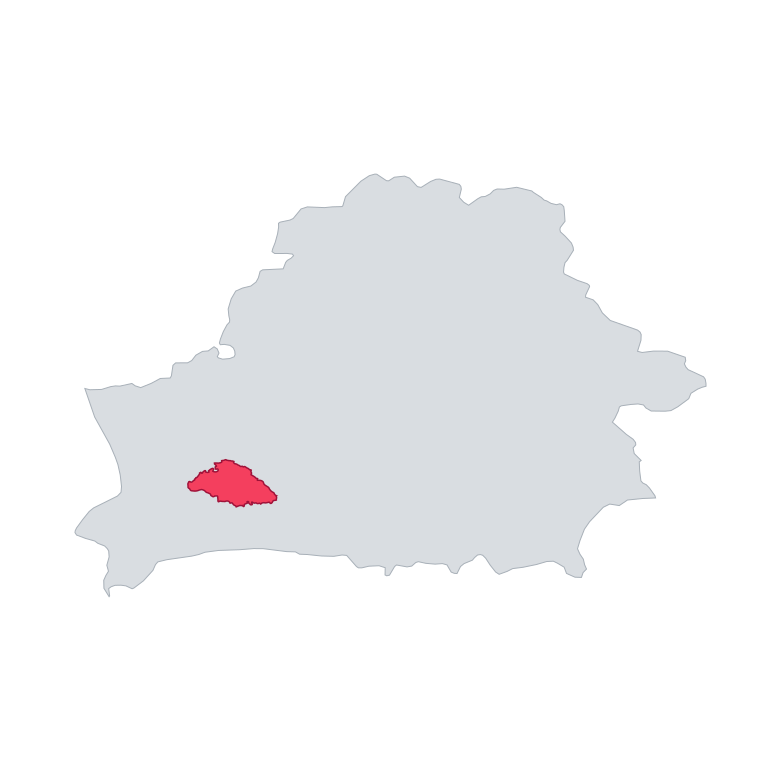 location of Ivatsevichy, Brest, Belarus, rotated 355°
{"feature_id": "67162791B15775504283911", "entity_name": "Ivatsevichy", "entity_type": "district", "adm_level": 2, "iso_a3": "BLR", "parent_name": "Belarus", "parent_adm1": "Brest", "projection": "natural_earth1", "projection_center": [25.561, 52.695], "detail": "fine", "context": "in_parent", "style": "filled", "palette": "rose", "viewbox_px": 768, "rotation_deg": 355, "n_neighbors": 0, "source": "geoboundaries", "source_scale": "gbopen_adm2", "svg_char_len": 8954}
<svg xmlns="http://www.w3.org/2000/svg" viewBox="0 0 768 768"><g transform="rotate(355 384 384)"><path d="M644.6,521.2L631.8,520.6L616.4,520.8L607.8,525.6L598.4,523.3L591.7,525.9L576.8,539.1L571.0,546.1L565.6,557.0L562.4,565.0L564.4,570.7L567.3,575.9L568.1,581.6L569.6,586.0L565.9,589.2L563.8,593.9L557.4,593.1L549.3,588.6L547.5,582.2L541.3,577.7L537.3,575.3L530.7,575.0L520.2,577.1L506.5,578.7L496.1,579.1L490.4,581.4L482.1,583.6L478.8,581.0L474.0,573.7L470.1,566.4L467.4,563.2L465.1,562.3L462.3,562.5L459.1,564.8L456.7,567.2L448.1,569.9L444.3,572.5L440.2,579.2L437.4,578.7L434.5,577.2L431.0,569.7L426.5,568.0L419.2,567.9L410.1,566.3L402.7,564.0L400.1,564.6L395.8,567.8L391.0,568.2L380.7,565.4L378.7,566.7L372.8,574.9L370.0,575.3L368.4,574.3L369.2,567.1L363.2,564.6L353.0,564.2L345.9,565.2L342.5,564.9L340.7,563.5L331.9,551.5L327.3,550.7L319.0,551.3L306.8,549.9L292.8,547.2L285.1,546.2L281.1,543.5L272.5,542.5L249.3,537.5L239.8,536.6L225.9,536.5L204.6,535.4L191.0,536.0L184.7,537.7L177.5,538.7L152.3,540.1L143.2,541.5L140.6,544.0L137.6,549.5L127.2,559.1L117.0,565.5L115.2,566.0L109.3,562.6L104.4,561.5L98.6,561.1L94.5,562.2L91.9,563.8L92.2,571.2L91.6,571.9L87.2,563.1L87.7,555.1L90.2,550.6L93.2,546.5L92.1,540.4L95.1,532.3L95.2,526.4L94.0,523.9L91.6,521.0L85.1,517.8L82.2,515.2L73.4,511.9L64.6,507.7L63.2,505.1L63.6,503.3L65.2,500.6L72.0,492.8L79.3,485.2L84.0,482.1L108.7,472.4L112.6,469.0L113.6,463.2L113.3,451.6L111.9,441.0L110.0,433.7L105.5,420.0L92.9,391.7L85.6,362.4L90.5,364.1L102.2,364.8L111.5,362.8L116.4,362.5L120.6,363.1L132.9,361.5L135.9,364.1L141.3,366.4L152.1,363.1L161.6,359.0L171.5,359.4L172.9,357.4L175.4,347.0L178.3,344.8L190.1,345.8L194.5,343.9L199.1,338.9L206.0,335.7L211.8,335.7L217.9,332.1L220.9,334.5L222.3,338.8L220.3,342.2L221.2,343.5L225.4,345.2L232.5,345.2L237.1,343.8L238.2,341.8L238.2,338.3L237.1,335.0L234.0,332.1L228.3,330.6L224.3,330.6L223.6,328.8L225.0,324.9L228.5,317.8L232.8,311.3L235.5,308.9L235.9,306.6L235.4,302.7L235.3,295.7L239.2,285.9L244.4,278.5L251.4,276.1L259.9,274.8L265.4,271.3L268.1,267.3L270.4,261.0L273.1,259.7L293.6,260.5L296.7,254.2L298.5,252.4L302.4,250.6L305.1,248.3L304.1,246.6L298.9,245.5L286.5,244.5L284.0,242.4L284.8,239.9L288.0,233.4L291.1,225.0L292.7,218.5L292.9,214.7L294.6,213.7L304.6,212.5L308.0,211.2L316.6,202.4L323.1,200.9L340.1,203.1L347.9,203.0L357.8,203.6L358.6,202.7L362.0,194.0L378.6,180.0L387.5,175.2L393.2,174.1L395.1,174.4L404.2,181.7L406.4,182.0L412.3,178.9L422.6,178.7L427.5,181.2L434.5,190.3L438.1,191.4L448.1,186.3L453.6,184.6L457.3,184.7L476.4,191.7L477.8,193.9L478.0,196.6L475.3,204.8L479.3,209.9L483.9,213.3L493.6,207.6L497.2,206.0L501.1,206.0L506.3,203.9L510.1,200.7L513.7,199.6L520.7,200.4L533.3,199.6L548.1,204.6L549.5,206.1L557.0,211.9L559.6,214.8L562.1,215.8L566.1,218.6L571.4,220.4L575.0,219.8L576.8,220.8L578.5,223.0L578.7,226.8L578.5,237.7L573.3,243.4L572.7,245.4L573.0,247.8L577.3,252.5L583.0,259.9L584.3,264.1L584.4,267.3L577.3,276.7L574.9,278.9L573.4,283.5L572.6,288.2L573.2,290.1L585.7,297.6L595.0,301.7L597.1,303.6L597.3,304.9L592.7,312.9L592.3,315.1L599.7,318.4L603.9,323.6L607.7,332.2L614.9,340.4L641.3,352.4L643.6,354.6L644.5,357.2L643.8,362.8L639.4,373.5L643.9,375.1L655.4,374.7L669.4,376.0L686.4,383.6L686.6,387.0L685.0,390.1L686.2,393.4L688.2,396.2L703.0,404.7L704.4,407.2L704.8,411.3L704.6,414.3L700.6,415.0L696.1,416.4L689.0,420.0L686.3,425.2L674.7,432.3L667.5,435.5L661.7,435.6L647.8,434.2L642.8,430.7L640.7,427.5L635.3,426.0L628.2,425.9L618.5,426.4L616.5,427.4L615.0,431.4L611.1,438.1L608.2,441.9L621.0,455.3L627.4,460.8L629.5,464.2L629.5,466.6L626.6,469.4L627.2,475.1L633.5,482.6L631.5,483.8L631.1,493.0L631.5,502.9L633.2,505.2L636.5,507.2L639.4,510.8L644.2,519.0L644.6,521.2Z" fill="#d9dde1" stroke="#a8b0b8" stroke-width="1"/><path d="M192.5,456.6L192.4,457.5L192.2,457.9L191.4,458.7L190.9,459.3L190.3,460.0L189.6,460.7L189.1,460.8L188.6,460.9L188.3,461.1L188.3,461.4L187.9,461.9L187.5,462.0L187.1,462.2L187.0,462.5L186.9,462.8L186.9,463.2L186.5,463.4L186.1,463.5L185.8,463.6L185.3,464.0L185.0,464.3L184.7,464.5L184.2,464.8L183.6,465.0L183.2,465.0L182.8,464.8L182.5,464.5L181.8,464.2L181.3,464.3L180.9,464.5L180.7,465.0L180.4,465.4L180.2,465.8L179.9,466.4L179.9,468.1L179.8,469.6L179.8,470.0L180.1,470.5L180.6,471.0L181.2,471.4L181.4,471.9L181.7,472.5L182.0,473.0L182.3,473.3L182.6,473.4L183.0,473.6L184.2,473.8L185.1,474.0L185.8,474.1L186.6,474.2L187.6,474.2L188.6,474.1L189.3,474.0L190.0,473.8L190.6,473.6L191.1,473.5L191.6,473.4L192.0,473.4L192.7,473.2L193.2,473.3L194.0,473.5L194.8,473.9L195.4,474.2L196.0,474.7L196.4,475.1L196.8,475.6L197.5,476.4L198.4,476.8L199.4,477.2L201.3,478.4L201.6,478.8L201.7,479.4L201.8,479.9L202.3,480.4L203.0,480.8L203.5,481.2L203.8,481.4L204.4,481.4L204.8,481.3L205.2,481.1L205.7,480.8L206.3,480.9L206.9,480.9L207.7,480.9L208.1,481.0L208.4,481.3L208.5,481.7L208.5,482.1L208.5,482.5L208.5,483.5L208.5,484.2L208.5,484.8L208.4,485.6L208.4,486.3L208.7,486.8L209.1,486.9L209.6,486.7L210.0,486.5L210.4,486.4L211.1,486.5L211.6,486.6L212.5,486.9L213.1,486.9L213.8,487.0L214.4,487.1L215.2,487.2L215.5,487.2L215.8,487.1L216.4,486.9L216.7,486.9L217.2,486.9L217.8,486.9L218.6,487.2L219.2,487.5L219.7,488.0L220.0,488.5L220.1,489.0L220.3,489.3L220.8,489.2L221.9,489.1L222.4,489.3L222.7,489.8L223.0,490.2L223.3,490.7L223.7,491.3L224.6,491.9L225.1,492.2L225.7,492.5L225.9,493.0L225.9,493.4L226.2,493.5L226.9,493.3L227.4,493.0L228.1,492.9L228.8,492.7L229.2,492.6L229.9,492.4L230.7,492.6L231.3,492.7L231.9,492.7L232.6,492.7L232.7,493.0L232.8,493.3L233.0,493.6L233.3,493.8L233.6,493.8L234.2,493.3L234.3,492.7L234.3,492.0L234.6,491.7L235.3,491.4L236.0,491.2L236.9,491.0L237.3,490.9L237.5,490.5L237.3,490.3L237.3,489.8L237.3,489.4L237.8,489.2L238.2,489.2L238.8,489.5L238.8,490.0L238.8,490.4L238.9,490.9L239.2,491.2L239.5,491.5L239.9,491.8L240.0,492.1L240.3,492.5L240.6,492.7L241.3,492.8L242.0,492.7L242.3,492.4L242.3,492.0L242.1,491.7L241.9,491.3L241.9,490.7L241.9,490.3L242.2,490.1L242.7,490.3L243.1,490.6L243.4,490.8L243.6,491.0L244.1,491.3L244.9,491.4L245.4,491.3L246.0,491.3L246.6,491.5L247.0,491.9L247.3,492.1L247.6,492.1L248.0,492.1L248.5,492.1L249.1,492.0L249.5,491.9L250.0,492.1L250.2,492.3L250.6,492.8L250.9,492.7L251.1,492.6L251.7,492.2L251.9,492.0L252.3,491.9L252.8,491.8L253.4,491.8L253.8,491.7L254.2,491.8L254.9,492.0L255.3,492.1L256.4,492.1L256.8,492.0L257.3,492.0L257.9,491.9L258.3,491.8L258.7,491.8L259.3,491.8L259.6,491.9L259.9,492.3L260.1,492.6L260.3,493.0L260.6,493.0L261.0,493.1L261.4,493.0L261.8,492.7L262.3,492.3L262.5,491.9L262.9,491.4L263.2,491.0L263.4,490.7L263.8,490.5L264.8,490.4L265.6,490.4L266.3,490.4L266.7,490.1L266.6,489.6L266.7,489.2L266.8,488.8L267.0,488.5L267.1,488.0L267.1,487.6L267.1,486.8L266.9,486.4L266.5,486.0L266.4,485.5L266.5,485.5L266.2,485.3L265.9,485.0L265.6,484.6L265.3,484.3L265.2,483.6L264.8,482.8L264.0,482.2L263.2,481.7L262.3,480.9L261.5,479.9L260.7,478.6L260.5,477.9L260.1,477.1L259.5,476.5L258.4,475.7L257.9,475.3L256.9,474.6L256.3,474.0L256.3,473.9L255.7,473.2L255.5,472.6L255.4,472.1L255.2,471.3L254.9,470.7L254.1,470.0L253.2,469.5L252.3,469.2L251.0,469.0L249.5,468.9L249.4,468.5L249.6,468.2L249.7,467.7L249.9,467.4L249.6,467.1L249.2,467.1L248.7,466.9L248.2,466.6L247.5,465.7L246.7,465.0L245.8,464.3L244.9,463.7L244.4,463.3L243.8,463.0L243.7,462.6L243.8,462.1L244.1,461.9L244.2,461.6L244.2,461.2L244.2,460.5L243.8,459.7L243.8,459.1L244.1,458.7L244.2,458.2L243.4,457.8L242.9,457.8L242.8,457.7L242.6,457.6L242.3,457.3L241.9,456.8L241.6,456.6L241.2,456.2L240.6,455.9L239.9,455.5L239.5,455.2L239.1,454.8L238.7,454.5L238.1,454.1L237.4,454.1L237.0,454.3L236.6,454.3L236.2,454.1L235.9,453.7L235.6,453.6L235.1,453.6L234.7,453.7L234.2,453.7L233.6,453.5L233.3,453.1L233.1,452.8L232.6,452.5L231.9,452.2L231.3,451.8L230.9,451.4L230.5,451.2L230.1,450.9L229.4,450.7L228.8,450.5L228.2,450.3L227.9,450.0L227.7,449.7L227.5,449.3L227.3,449.1L227.3,448.7L227.5,448.5L227.7,448.1L227.2,447.9L226.9,447.7L226.3,447.5L225.7,447.5L224.9,447.3L224.5,447.0L223.6,446.9L222.9,446.8L222.3,446.7L222.0,446.5L221.5,446.4L220.9,446.3L220.5,446.1L220.2,445.8L219.8,445.6L219.1,445.7L218.7,445.8L218.2,446.0L217.9,446.1L217.1,446.1L216.9,446.1L216.1,446.2L215.6,446.2L215.6,446.5L215.6,447.2L215.4,447.8L214.0,448.2L213.1,448.3L212.0,448.4L211.0,448.2L210.1,448.1L209.1,448.0L208.2,448.0L208.2,448.5L208.2,448.9L208.6,449.3L209.2,449.9L209.6,450.4L209.8,450.8L209.9,451.3L209.5,451.6L208.9,451.6L208.6,452.2L208.6,452.7L208.6,453.4L208.6,454.0L209.1,454.2L209.7,454.2L210.5,454.1L211.1,454.3L211.3,454.7L211.3,455.4L211.0,456.0L210.7,456.4L209.6,456.8L208.2,456.9L207.0,456.6L205.9,456.0L206.1,455.3L206.6,454.7L206.7,454.3L206.7,453.7L206.3,453.2L205.6,453.1L204.8,453.4L203.6,453.9L202.7,454.5L201.7,455.2L201.9,455.9L201.9,456.5L201.3,456.7L200.2,456.7L198.7,456.1L198.7,455.6L198.6,454.8L197.9,454.7L197.0,455.1L196.6,455.5L196.1,455.8L195.6,456.2L195.5,456.7L195.1,457.0L194.3,456.9L194.2,456.4L193.8,456.0L193.3,456.2L192.7,456.5L192.5,456.6Z" fill="#f43f5e" stroke="#9f1239" stroke-width="1.5"/></g></svg>